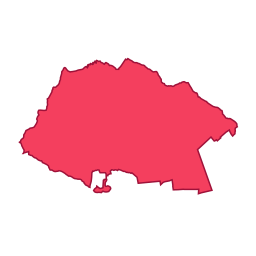 outline of Vartescoiu, Vrancea, Romania, rotated 357°
{"feature_id": "2599482B9157251051553", "entity_name": "Vartescoiu", "entity_type": "district", "adm_level": 2, "iso_a3": "ROU", "parent_name": "Romania", "parent_adm1": "Vrancea", "projection": "orthographic", "projection_center": [27.052, 45.724], "detail": "fine", "context": "isolated", "style": "filled", "palette": "rose", "viewbox_px": 256, "rotation_deg": 357, "n_neighbors": 0, "source": "geoboundaries", "source_scale": "gbopen_adm2", "svg_char_len": 5650}
<svg xmlns="http://www.w3.org/2000/svg" viewBox="0 0 256 256"><g transform="rotate(357 128 128)"><path d="M198.0,196.5L208.6,194.6L196.3,153.2L210.4,141.4L213.4,145.5L214.1,145.4L215.7,144.4L216.5,145.5L220.1,142.7L219.7,142.0L225.8,137.2L226.7,136.7L229.1,135.3L229.6,137.1L230.9,139.9L232.1,141.5L233.6,140.0L234.3,139.6L234.5,139.2L234.7,137.4L235.0,136.8L235.0,136.2L234.9,135.6L234.9,134.9L235.2,133.7L237.2,132.5L236.9,131.7L236.9,130.2L236.8,129.4L235.6,127.8L234.4,126.7L230.8,124.1L230.2,123.9L229.0,123.9L228.2,123.8L227.5,123.4L227.3,123.5L226.8,123.4L226.3,123.1L225.9,122.7L225.4,121.6L225.1,121.5L224.5,120.4L223.7,119.5L223.1,118.9L223.2,118.2L222.9,115.9L222.7,115.5L221.4,114.9L221.2,114.7L220.8,114.0L219.5,112.9L218.9,112.4L218.2,112.1L216.4,111.8L214.0,110.9L209.6,107.7L208.2,106.4L207.9,105.7L207.0,105.4L202.3,102.4L201.6,101.5L200.7,100.7L199.8,100.7L199.6,100.2L199.3,98.7L198.9,97.3L198.5,96.7L198.2,96.5L197.6,96.5L196.9,96.2L194.9,94.7L193.9,92.7L193.3,91.4L192.2,89.5L190.4,85.9L188.6,85.9L186.5,84.7L185.3,84.8L184.8,85.0L184.2,85.1L183.3,85.8L181.9,85.8L181.7,85.9L181.0,86.5L179.2,87.0L178.7,87.2L177.5,87.5L176.2,88.4L175.2,88.8L174.5,88.7L173.9,88.3L172.7,88.1L171.9,88.2L170.5,88.0L170.2,88.2L169.8,88.3L168.3,87.7L167.5,87.3L167.0,86.8L166.6,85.6L165.0,85.1L164.7,84.9L164.5,84.4L164.0,84.1L163.7,83.6L163.7,81.1L163.6,80.8L163.1,80.4L162.7,79.4L162.1,78.2L161.2,77.1L160.9,76.3L160.6,75.2L160.3,74.5L159.5,73.2L158.5,73.1L156.3,73.3L155.8,73.1L154.5,72.1L153.0,70.7L152.5,70.4L151.0,70.0L149.7,68.6L148.3,67.6L148.2,67.3L147.8,66.6L147.3,66.4L146.9,66.1L146.0,66.0L144.6,65.5L142.7,64.3L142.0,64.0L141.5,64.1L140.4,63.3L139.3,63.1L138.9,63.2L137.3,62.8L136.5,62.1L136.2,62.1L135.8,61.5L135.3,61.1L133.6,60.2L131.7,58.8L131.4,58.7L130.9,59.5L130.3,59.7L129.2,59.1L124.6,65.3L123.4,66.7L122.0,67.9L121.8,68.3L121.7,68.9L119.1,68.8L118.8,68.3L118.6,67.6L116.3,65.6L115.1,64.9L113.9,64.5L113.2,64.5L112.7,64.6L112.1,63.5L111.9,63.1L110.7,62.3L109.6,61.6L109.4,61.5L108.7,61.8L108.5,62.4L107.9,62.6L107.7,63.0L106.9,62.6L106.2,61.8L104.6,61.2L104.0,60.4L103.6,59.7L102.3,60.0L100.3,58.9L99.9,59.5L98.4,59.6L98.3,60.0L98.5,60.2L99.0,60.6L99.8,61.1L99.7,61.4L98.1,60.8L97.5,61.1L96.6,60.7L96.4,60.8L96.2,61.2L96.7,61.7L96.4,62.6L95.8,62.7L95.1,62.3L94.2,61.6L93.9,61.8L93.9,62.1L93.5,62.8L92.8,62.4L92.4,62.5L91.5,62.7L91.5,63.1L91.8,63.7L91.7,63.9L91.3,64.4L90.8,63.7L90.6,64.1L90.5,64.4L90.6,64.6L90.9,64.8L90.8,65.4L90.6,65.7L90.2,65.4L89.8,64.7L89.4,64.5L89.1,64.5L88.6,64.7L87.7,65.3L87.2,65.7L86.9,66.1L85.6,67.0L81.7,67.5L80.8,67.7L79.1,68.3L75.1,68.8L74.0,68.8L73.2,69.0L70.9,67.8L69.6,66.1L68.8,64.8L68.2,64.4L67.7,64.4L67.4,64.6L66.9,65.1L66.6,65.8L66.5,66.2L64.8,68.4L64.6,70.2L63.2,74.2L63.0,76.3L62.6,76.8L62.3,77.5L61.9,78.7L61.8,79.5L61.4,80.2L60.6,81.2L60.0,81.9L59.0,82.5L58.2,83.3L57.5,83.6L56.0,83.3L55.4,83.7L55.0,84.3L55.0,85.3L54.2,86.3L53.9,87.9L53.6,88.5L52.6,90.1L51.8,91.5L50.2,94.0L49.9,94.3L49.0,94.6L48.9,95.2L49.1,96.9L48.8,97.8L48.9,100.3L48.7,101.3L48.3,102.3L48.0,102.6L48.0,103.8L47.3,105.7L47.1,106.0L45.1,106.1L41.5,105.6L39.9,105.6L39.5,106.1L39.1,106.9L38.9,108.0L39.1,109.0L39.6,110.0L39.6,110.5L38.5,111.6L38.0,112.6L37.3,114.3L37.9,115.8L37.7,116.8L36.8,118.7L34.7,121.7L34.2,122.2L32.6,122.8L30.6,123.0L29.9,123.2L29.2,123.8L26.0,125.2L24.9,127.5L23.6,129.3L23.4,131.1L23.4,131.5L23.0,132.3L22.7,132.7L21.4,133.5L20.4,134.5L19.9,136.1L19.6,136.3L19.0,136.3L18.8,136.5L19.0,136.8L20.1,137.3L20.4,137.8L20.6,138.3L21.1,140.4L21.6,141.4L22.1,142.7L22.7,143.8L23.0,144.3L23.0,145.4L22.8,146.6L22.6,147.1L22.0,147.9L22.3,147.9L22.4,147.6L22.9,147.3L24.0,147.2L25.7,146.7L26.7,146.7L27.5,146.4L27.5,149.3L29.7,150.3L30.8,150.5L31.5,151.4L33.0,152.7L34.7,153.3L36.6,155.1L37.1,155.4L39.0,156.3L39.9,156.2L40.1,156.4L40.6,157.4L40.6,157.7L40.7,158.0L42.2,158.7L45.0,160.3L46.5,161.5L46.9,163.2L48.0,165.8L48.9,166.0L49.7,165.9L51.7,167.3L52.9,167.7L56.1,167.4L56.7,167.0L58.6,167.5L60.1,168.2L62.8,170.1L64.1,171.4L65.0,171.9L66.0,172.9L67.4,173.0L68.8,173.5L70.8,175.0L72.0,175.7L74.1,176.1L75.4,176.5L76.6,176.5L77.8,176.8L78.7,177.3L79.1,177.9L79.2,178.2L79.4,178.6L80.5,179.3L81.2,179.9L81.3,180.8L81.7,181.1L82.4,182.3L83.1,182.9L85.1,183.9L85.5,184.6L85.9,184.9L86.6,185.2L86.9,185.3L86.9,184.2L87.4,182.4L88.1,180.4L88.5,179.1L89.1,175.4L89.6,170.7L90.6,169.3L90.8,169.5L91.3,169.4L93.4,168.6L94.4,168.7L95.5,168.2L96.1,168.3L97.1,168.7L97.1,169.7L97.8,171.2L103.0,171.5L103.5,172.1L103.7,173.2L103.6,177.9L101.4,178.2L101.3,178.9L100.7,179.0L99.8,186.4L97.6,186.9L96.8,186.9L96.3,186.6L96.1,186.3L95.8,186.2L95.1,185.7L94.7,185.1L93.8,184.4L93.5,185.8L92.7,186.2L91.4,187.2L90.4,188.6L91.2,189.9L92.6,190.6L94.0,190.8L95.6,190.7L98.1,191.1L99.1,190.1L99.7,189.8L100.2,190.1L101.7,190.6L103.6,190.7L105.4,190.4L107.3,188.2L107.6,187.2L106.9,185.8L105.5,185.0L104.8,184.7L103.6,185.1L102.8,185.1L102.4,184.8L102.2,184.4L102.3,182.3L102.6,181.0L103.7,179.6L104.1,178.5L103.8,177.7L103.7,177.1L103.9,174.6L105.3,174.5L105.2,174.0L107.2,172.9L108.6,172.8L108.6,172.3L108.1,170.6L108.1,170.1L108.3,169.8L109.3,169.2L109.4,168.9L110.0,168.9L111.6,169.5L112.2,169.4L112.8,169.0L114.8,169.5L115.2,169.9L115.6,169.7L116.4,168.9L118.4,169.6L121.3,171.1L122.6,171.2L124.1,172.2L125.3,172.3L125.8,172.6L127.1,172.6L127.7,172.8L128.2,173.2L128.8,173.4L129.0,173.2L129.3,173.0L129.8,173.2L134.3,177.5L134.5,177.9L135.3,183.7L157.2,182.8L157.6,186.4L160.2,184.2L161.8,183.6L166.8,182.9L168.5,182.2L169.3,182.0L169.8,187.5L169.7,188.6L170.0,192.1L174.9,192.2L180.0,192.1L181.5,192.3L193.1,192.9L195.4,192.9L194.9,197.3L198.0,196.5Z" fill="#f43f5e" stroke="#9f1239" stroke-width="1.5"/></g></svg>